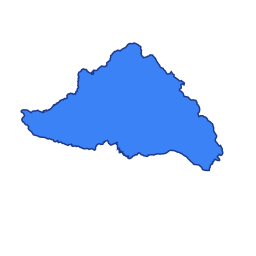 outline of Fang, Chiang Mai, Thailand, rotated 135°
{"feature_id": "78962969B22433102808870", "entity_name": "Fang", "entity_type": "district", "adm_level": 2, "iso_a3": "THA", "parent_name": "Thailand", "parent_adm1": "Chiang Mai", "projection": "orthographic", "projection_center": [99.201, 19.909], "detail": "fine", "context": "isolated", "style": "filled", "palette": "blue", "viewbox_px": 256, "rotation_deg": 135, "n_neighbors": 0, "source": "geoboundaries", "source_scale": "gbopen_adm2", "svg_char_len": 5894}
<svg xmlns="http://www.w3.org/2000/svg" viewBox="0 0 256 256"><g transform="rotate(135 128 128)"><path d="M190.5,215.6L191.2,215.5L192.0,215.1L192.1,214.7L191.5,212.2L192.5,209.8L193.4,209.6L195.4,209.8L197.1,209.1L197.7,207.9L198.0,206.7L197.7,205.6L197.8,204.3L198.1,202.8L197.2,201.5L197.1,200.7L197.3,199.1L198.3,198.7L199.0,198.0L199.2,196.7L199.0,194.3L199.1,192.4L199.7,190.1L197.3,186.0L197.2,185.1L196.6,183.8L194.4,181.3L193.4,179.9L192.3,176.7L190.9,175.9L190.3,174.0L189.6,173.2L189.3,172.6L189.4,172.1L189.8,171.4L189.5,170.1L188.7,169.4L186.8,168.8L187.3,168.4L187.5,167.0L185.2,165.4L185.4,164.0L185.0,163.1L184.2,162.4L184.1,161.3L183.7,160.9L183.7,160.3L183.0,159.1L182.8,158.3L182.4,158.0L181.5,158.1L180.2,156.8L179.3,156.5L179.3,156.0L180.2,155.5L180.3,154.9L180.1,154.2L178.0,152.7L177.7,152.4L177.7,151.5L176.9,151.3L176.1,150.1L175.7,149.8L175.7,148.8L175.4,148.3L175.5,148.0L174.6,146.8L174.7,146.1L174.4,145.8L173.8,144.3L172.9,143.7L172.6,143.2L171.7,142.7L170.8,141.4L170.6,140.3L168.3,139.3L167.3,136.0L166.2,135.8L164.4,137.5L161.5,138.0L159.6,137.4L159.2,137.0L159.0,135.8L157.3,134.3L156.1,134.9L154.8,134.6L154.6,135.1L151.4,133.9L151.3,133.7L151.6,132.7L152.5,130.9L152.3,129.4L152.4,128.3L151.4,127.6L145.4,125.3L147.1,125.1L147.6,124.9L147.4,123.5L148.9,122.1L149.2,121.3L149.6,121.2L149.6,120.9L149.9,120.7L149.3,120.7L149.5,120.1L149.0,119.8L148.6,120.0L148.4,119.6L149.0,119.3L149.7,119.4L150.0,119.1L150.0,118.7L149.3,118.8L149.7,118.0L150.2,117.8L149.7,117.4L150.4,117.0L151.0,117.3L151.3,117.0L150.8,116.8L151.1,116.2L150.4,115.9L150.0,116.1L149.7,115.4L149.3,115.7L149.4,114.7L148.9,114.6L149.8,113.9L149.9,113.1L149.3,113.1L149.2,112.5L150.2,112.0L149.9,111.2L149.3,110.6L149.5,109.9L149.0,109.7L149.2,109.0L147.6,107.9L148.1,107.3L149.2,107.2L149.2,106.7L148.7,106.3L148.9,105.5L147.1,104.6L146.6,104.9L145.6,104.5L144.4,104.8L142.8,103.8L141.7,104.1L140.6,102.6L139.1,103.1L138.7,102.8L138.0,102.8L137.6,102.4L137.4,101.4L137.6,100.7L137.2,99.2L136.5,98.4L136.6,97.5L134.5,94.3L133.9,94.1L132.7,94.6L132.3,93.9L131.0,93.3L130.6,92.6L129.8,92.1L128.9,90.6L127.5,90.2L126.3,89.3L125.3,88.9L123.9,87.0L120.0,83.9L118.5,83.3L114.3,82.6L113.8,82.3L111.9,80.0L111.1,79.0L110.0,75.9L109.1,74.7L108.6,72.8L108.1,71.8L107.6,68.1L106.9,66.6L107.2,63.7L107.2,59.3L106.9,58.0L107.2,55.8L104.3,52.2L104.0,51.5L103.8,48.3L104.6,45.9L103.7,44.0L101.7,41.6L100.5,40.6L98.3,42.2L97.9,42.1L97.2,42.6L96.9,43.1L94.3,43.5L94.1,43.0L93.7,42.9L92.9,43.3L92.5,44.1L91.4,43.7L89.1,44.6L88.8,44.5L88.5,44.1L88.5,43.6L88.2,43.4L87.5,41.4L86.2,40.4L85.7,40.6L85.4,41.3L85.1,42.4L85.5,44.1L85.0,44.7L83.0,44.4L82.2,44.8L81.6,43.5L81.7,43.0L80.6,42.6L79.3,42.9L78.3,43.7L77.3,45.4L76.0,46.8L75.8,47.9L75.3,48.9L75.0,50.4L76.0,50.7L76.3,51.4L75.5,55.2L75.7,56.3L75.2,57.3L74.0,58.4L71.9,59.0L70.9,59.7L69.5,65.4L67.2,67.7L65.4,71.1L65.6,74.6L66.2,76.7L65.4,78.8L65.4,80.7L66.5,82.5L66.4,83.7L68.0,85.3L69.7,85.8L69.8,86.3L69.1,87.1L68.3,88.9L66.5,88.9L65.9,89.2L64.3,90.3L62.9,92.2L62.2,94.4L62.3,96.3L61.3,97.0L60.5,99.5L62.3,102.1L62.7,102.3L63.6,103.1L63.9,105.0L63.7,107.3L65.1,109.6L66.0,110.5L65.9,110.9L64.5,113.6L64.5,115.0L64.3,115.9L64.8,116.9L65.0,118.3L64.0,118.9L62.1,118.6L61.4,119.2L60.6,120.6L59.8,121.2L58.4,120.9L58.2,120.6L58.4,119.6L57.8,118.9L56.3,120.1L56.9,123.9L58.0,124.5L58.5,125.3L58.3,126.7L59.2,131.8L57.8,133.1L58.2,134.7L57.6,137.2L59.2,137.0L59.9,136.6L61.9,138.3L62.1,138.8L61.3,142.7L61.6,144.1L61.0,145.2L62.1,147.8L61.9,149.2L61.3,149.9L61.2,151.4L60.5,154.9L59.4,157.9L59.4,160.9L59.1,162.2L59.6,162.6L60.5,163.9L61.1,164.1L62.3,164.1L63.6,164.9L64.9,165.2L67.4,166.8L67.0,168.0L67.1,169.3L66.9,170.4L66.6,170.8L66.1,171.0L66.2,171.6L65.0,172.1L64.4,172.8L63.6,173.3L63.2,175.1L62.2,175.6L61.4,176.7L61.9,177.9L62.0,179.8L63.2,183.1L63.6,183.8L65.0,184.2L67.0,186.5L68.0,186.9L69.3,187.1L72.8,186.6L75.1,187.5L77.2,188.0L79.0,188.0L79.4,189.1L80.7,190.6L81.6,190.4L82.0,190.7L82.7,190.9L83.3,191.6L86.7,191.5L87.2,191.1L89.0,191.4L90.8,189.8L91.7,189.6L92.3,188.9L92.9,188.6L93.4,188.6L93.8,188.8L95.3,188.8L95.6,189.0L96.3,189.1L97.1,189.0L97.8,188.0L98.6,187.7L98.9,187.2L100.2,187.7L100.8,187.6L103.0,190.6L103.9,190.4L104.2,190.6L105.4,190.9L106.2,190.7L107.2,191.0L108.3,190.7L109.2,190.8L110.1,191.3L111.2,193.0L112.0,192.6L112.2,193.0L112.7,193.0L112.4,192.5L112.5,192.3L113.8,192.7L113.8,191.9L113.4,191.7L113.5,191.0L114.8,190.7L115.7,191.7L115.1,193.0L115.8,193.3L116.4,195.3L116.7,195.6L116.6,196.0L116.4,196.4L116.6,197.4L116.2,198.1L116.1,198.7L117.3,200.0L117.3,200.5L117.6,200.7L117.9,201.6L118.8,201.5L119.7,202.0L121.1,201.3L121.6,201.7L122.6,201.7L123.2,202.1L124.6,201.6L124.8,201.3L125.4,201.1L125.6,200.5L125.9,200.5L126.0,200.0L126.5,199.6L126.4,199.2L126.8,199.0L126.9,198.6L127.3,198.6L127.5,198.2L128.4,198.2L129.1,196.7L130.0,196.4L130.5,196.6L130.7,195.8L131.5,194.9L131.9,194.8L132.8,193.8L133.7,193.4L133.6,192.8L134.1,191.8L135.0,191.4L135.5,191.7L136.6,191.3L136.7,191.0L138.1,190.0L138.5,190.5L139.2,190.2L139.6,190.3L140.6,189.4L141.2,189.1L141.6,190.1L143.0,190.5L143.0,191.8L143.5,192.1L143.9,193.1L144.8,193.5L145.4,193.3L145.7,193.5L145.7,193.9L146.4,194.4L148.5,194.0L149.0,193.0L149.8,192.1L150.3,192.6L150.9,192.6L151.8,193.1L152.1,193.8L152.6,193.7L153.4,194.1L154.0,193.8L154.7,194.7L155.4,194.8L156.2,195.3L156.8,195.1L157.1,195.4L157.7,195.0L158.8,195.3L159.7,195.2L160.2,195.8L161.0,195.5L161.3,196.0L162.0,195.6L163.2,196.1L163.3,196.3L163.7,196.1L164.0,196.8L164.3,196.9L165.2,196.3L165.8,196.6L168.1,196.1L169.9,196.5L170.7,196.4L170.9,196.8L171.5,197.1L172.1,197.0L173.1,197.7L173.4,197.6L173.5,197.9L173.3,198.3L173.7,198.3L174.0,199.1L174.9,199.2L175.6,199.9L176.1,199.8L176.2,198.7L177.0,199.0L177.8,200.0L178.3,201.5L178.9,202.4L179.2,204.3L180.9,205.1L182.5,206.6L183.6,207.3L185.7,207.4L186.5,211.8L188.8,214.5L190.5,215.6Z" fill="#3b82f6" stroke="#1e3a8a" stroke-width="1.5"/></g></svg>